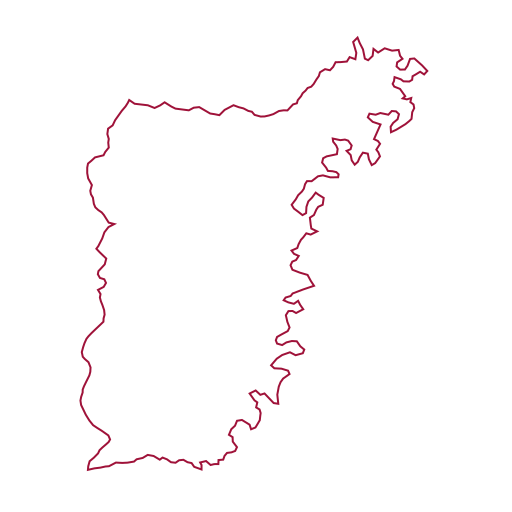 Clevelândia, Paraná, Brazil (Natural Earth projection), rotated 84°
{"feature_id": "56859067B10537536811182", "entity_name": "Clevelândia", "entity_type": "district", "adm_level": 2, "iso_a3": "BRA", "parent_name": "Brazil", "parent_adm1": "Paraná", "projection": "natural_earth1", "projection_center": [-52.368, -26.309], "detail": "fine", "context": "isolated", "style": "outline", "palette": "rose", "viewbox_px": 512, "rotation_deg": 84, "n_neighbors": 0, "source": "geoboundaries", "source_scale": "gbopen_adm2", "svg_char_len": 4737}
<svg xmlns="http://www.w3.org/2000/svg" viewBox="0 0 512 512"><g transform="rotate(84 256 256)"><path d="M294.2,212.6L291.7,201.4L286.5,204.1L280.2,206.7L277.1,214.2L273.5,221.2L268.8,222.6L265.4,220.5L264.2,216.6L260.4,213.5L257.8,218.0L254.3,220.1L252.4,214.1L248.7,212.4L244.6,209.6L242.4,207.1L238.7,203.6L240.4,199.4L237.9,192.6L234.5,198.1L231.1,198.3L223.5,198.4L221.3,194.1L216.1,191.1L213.6,189.0L212.0,184.3L205.3,182.6L201.7,187.3L199.2,190.0L203.8,194.2L207.2,198.3L212.4,200.7L218.6,201.7L220.2,205.5L216.6,209.2L212.8,213.3L208.8,215.2L203.8,210.5L199.9,207.7L196.7,203.6L194.1,201.4L189.7,199.7L186.9,197.5L187.4,192.8L183.2,186.0L182.8,181.0L185.5,174.0L186.3,166.1L183.4,165.3L181.0,167.3L179.7,171.0L178.9,175.6L175.5,177.0L170.0,180.5L165.8,179.0L164.3,175.3L163.2,164.9L158.1,163.6L154.5,164.7L150.4,167.3L147.2,167.4L149.6,160.0L149.5,155.4L150.9,152.3L156.1,149.3L159.7,150.8L160.9,154.9L165.5,151.3L170.9,150.8L175.5,148.3L173.0,144.9L168.7,142.5L164.4,138.9L165.9,134.1L171.6,133.6L177.7,131.4L176.1,127.8L169.9,122.3L165.6,123.5L162.8,125.2L157.4,120.9L154.4,122.7L152.1,126.4L138.2,118.4L134.8,125.9L129.8,130.3L126.3,128.3L128.0,122.2L126.8,117.4L129.3,109.6L126.0,105.8L126.8,101.6L129.9,99.0L134.8,100.9L138.0,105.7L141.5,108.6L147.0,108.8L145.1,103.3L140.5,93.6L137.9,89.6L135.9,87.0L129.3,85.6L125.5,83.2L121.8,83.5L119.1,86.4L115.1,85.1L116.0,89.6L114.6,93.6L112.7,90.9L104.9,95.3L102.0,100.8L99.1,102.1L96.5,100.5L92.6,99.5L95.4,93.5L97.7,91.1L98.5,85.3L97.1,82.3L93.6,81.5L92.1,78.1L89.9,73.5L93.0,69.8L89.9,66.3L83.8,70.9L76.1,77.9L76.1,82.2L82.6,85.4L86.1,88.4L85.7,93.2L82.2,96.4L78.2,95.4L75.2,89.7L71.9,91.8L66.0,92.6L66.0,99.2L62.9,106.3L66.4,113.3L62.3,117.5L69.2,119.1L73.0,124.0L71.1,127.1L61.7,128.0L55.0,130.6L49.4,132.2L53.3,137.0L64.5,135.0L70.7,136.6L68.0,142.1L72.1,145.3L72.0,151.8L71.6,156.6L76.0,159.5L79.0,163.0L77.4,167.8L80.0,173.2L83.6,174.7L86.8,177.5L91.0,180.7L93.4,183.4L94.3,187.1L96.7,189.4L99.0,192.6L101.8,194.5L105.4,198.2L108.4,199.4L109.1,203.3L114.5,209.5L114.0,213.3L114.2,218.0L116.7,223.9L117.6,228.4L118.1,232.8L117.8,236.8L115.5,242.7L112.1,245.0L110.9,248.5L107.9,253.0L106.2,257.6L103.7,262.6L107.4,271.9L112.1,277.7L110.6,282.5L109.5,286.7L102.0,296.9L102.0,302.4L104.1,307.6L101.0,320.7L98.5,324.6L93.6,330.8L96.2,335.6L98.2,341.4L94.8,347.8L91.9,360.8L87.6,365.8L90.2,367.4L93.6,370.1L97.6,374.3L106.2,381.9L111.1,384.9L113.9,389.8L119.2,391.1L124.2,390.2L127.8,391.1L132.8,391.1L136.8,395.1L139.9,397.1L141.1,405.8L144.1,409.8L146.5,413.4L150.4,414.6L156.0,415.2L161.3,414.8L168.3,411.8L173.8,414.0L177.4,413.7L180.9,412.1L187.2,411.8L190.8,410.7L193.8,408.1L196.5,404.9L199.3,403.0L207.4,399.0L209.4,393.6L211.8,399.7L216.6,404.3L222.5,407.1L229.7,411.8L232.1,414.0L235.9,411.1L242.9,405.2L248.5,407.3L254.6,414.3L257.6,415.2L261.5,413.5L263.3,409.3L267.1,408.0L270.8,410.7L273.2,416.7L277.6,414.6L280.9,415.6L284.8,415.0L288.6,413.9L293.9,412.7L298.5,412.7L302.1,414.1L305.4,414.6L308.2,418.2L311.8,422.9L315.6,427.8L318.4,431.1L320.7,433.3L324.8,435.7L328.5,437.4L333.4,439.3L338.1,438.8L340.7,436.9L344.1,433.7L349.5,432.2L353.9,432.9L357.3,434.2L360.3,436.1L363.9,438.4L367.6,440.7L370.7,442.3L373.7,442.7L377.8,444.6L381.4,445.7L385.9,445.5L391.5,443.5L396.0,441.9L398.7,440.6L402.2,438.9L407.2,435.7L410.3,432.0L413.6,427.8L419.0,421.6L423.2,420.3L425.6,422.0L427.5,424.6L430.4,428.8L432.8,431.9L435.8,433.7L439.6,438.3L442.7,442.9L447.5,444.8L451.1,445.5L450.3,438.9L450.2,432.9L449.6,427.7L449.7,424.2L446.8,416.9L447.8,410.7L448.1,405.4L447.7,398.8L445.7,396.0L445.0,389.8L442.5,384.5L444.2,378.7L448.5,373.0L446.7,370.0L448.9,365.8L452.2,362.1L453.2,357.6L451.1,353.8L451.1,349.5L453.9,345.7L455.2,341.7L459.2,339.5L462.6,332.5L458.2,332.0L455.5,333.1L454.7,327.1L459.1,323.0L458.6,319.3L459.0,315.2L455.0,314.6L455.1,309.9L451.5,308.2L448.8,305.4L448.7,300.9L447.7,297.1L444.1,294.9L438.2,298.5L433.7,298.2L431.0,301.6L425.7,298.7L422.6,294.6L417.9,292.1L417.6,287.1L423.1,280.0L427.8,279.0L426.5,274.5L423.9,272.5L419.7,269.4L415.5,268.5L412.7,267.8L409.0,268.5L406.6,271.7L401.7,270.0L399.4,272.6L392.1,276.7L389.7,270.4L394.5,266.2L393.6,261.9L404.1,253.8L405.3,249.3L399.4,249.3L396.1,249.3L388.3,247.0L384.1,244.8L380.7,241.8L376.9,235.0L373.4,236.1L370.7,242.5L369.6,249.5L366.3,252.4L360.3,246.1L357.2,240.3L355.3,232.3L358.8,227.0L357.6,219.6L354.1,217.8L350.4,221.4L345.1,224.3L344.3,229.2L345.1,234.8L347.3,239.3L345.3,244.2L341.9,245.1L338.7,243.5L336.7,238.9L334.0,232.3L330.6,230.1L324.7,231.7L318.0,232.5L314.2,229.5L314.5,225.4L316.9,222.1L315.2,217.9L313.9,214.6L309.2,217.2L305.0,218.8L307.5,223.3L305.5,228.7L302.9,233.1L300.4,230.9L299.4,225.7L297.1,223.5L294.2,212.6Z" fill="none" stroke="#9f1239" stroke-width="2"/></g></svg>